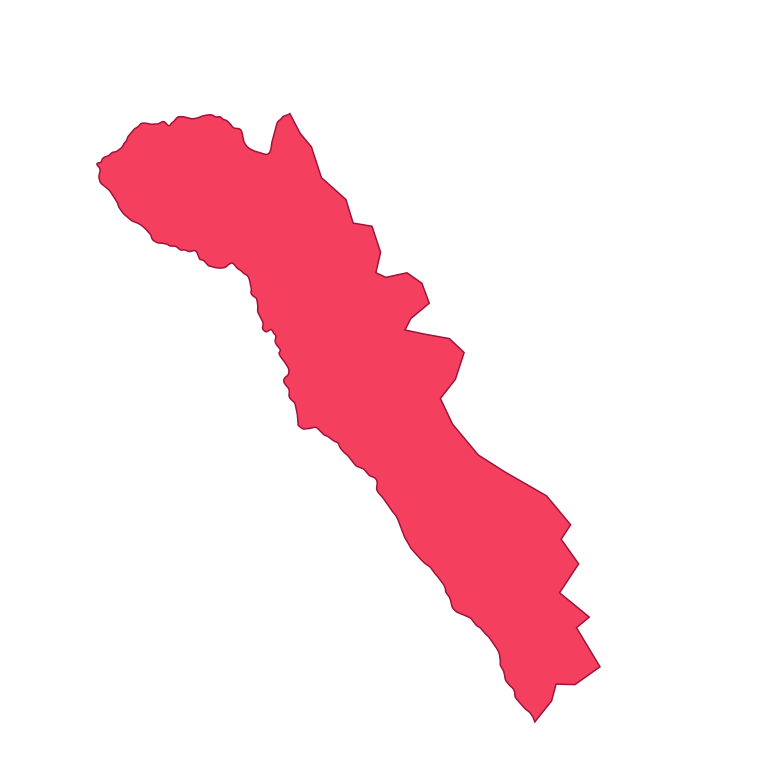 outline of Alaotra-Mangoro, rotated 320°
{"feature_id": "MDG-5860", "entity_name": "Alaotra-Mangoro", "entity_type": "Autonomous Province", "adm_level": 1, "iso_a3": "MDG", "parent_name": "Madagascar", "parent_adm1": "", "projection": "albers", "projection_center": [48.177, -18.018], "detail": "fine", "context": "isolated", "style": "filled", "palette": "rose", "viewbox_px": 768, "rotation_deg": 320, "n_neighbors": 0, "source": "natural_earth", "source_scale": "10m", "svg_char_len": 5253}
<svg xmlns="http://www.w3.org/2000/svg" viewBox="0 0 768 768"><g transform="rotate(320 384 384)"><path d="M287.0,699.5L286.5,695.6L286.5,690.9L286.8,689.2L287.2,687.9L289.8,683.5L291.1,680.6L291.6,678.5L291.9,676.0L292.2,674.6L292.7,673.6L295.3,670.6L298.5,665.6L299.2,664.0L299.7,662.5L300.3,659.5L301.6,646.4L301.6,643.9L301.1,639.9L301.1,632.9L300.0,629.9L299.7,628.4L299.6,626.4L299.9,620.5L299.8,618.9L299.5,617.9L293.3,605.8L292.9,604.2L292.6,601.5L292.7,599.9L292.9,598.5L296.1,592.1L297.0,589.5L297.2,587.5L297.3,585.0L297.5,583.6L297.9,582.5L298.9,581.0L299.7,579.6L300.4,577.6L300.7,575.6L301.3,566.0L301.2,561.5L301.7,554.7L301.6,553.5L300.1,548.0L299.5,543.2L299.0,527.8L301.4,514.4L307.7,496.2L308.5,492.7L308.6,490.1L308.5,487.6L310.0,470.8L309.8,463.6L310.1,461.9L310.3,460.8L310.6,460.1L311.7,458.7L314.8,455.9L315.5,454.9L316.5,453.2L316.7,451.8L316.6,450.4L316.4,449.4L315.9,448.5L314.4,445.9L314.0,444.4L313.9,442.5L313.9,437.0L313.6,435.5L310.6,430.3L310.1,429.0L309.9,427.3L310.3,414.9L310.2,414.5L310.0,413.9L309.4,410.4L309.3,406.5L309.6,404.2L310.0,402.4L310.7,400.6L310.8,399.3L310.5,398.3L309.4,396.4L308.7,394.5L307.7,389.9L307.1,387.8L305.7,385.1L305.3,384.0L304.6,375.2L304.3,374.1L303.8,373.3L303.1,372.6L302.3,372.1L299.3,370.8L297.6,369.7L296.9,369.1L294.3,367.5L293.5,366.9L292.9,365.8L292.5,364.8L291.7,360.5L297.9,351.8L303.0,342.3L303.5,340.1L303.0,337.7L302.9,336.2L302.9,333.9L303.4,332.5L303.9,331.6L306.1,329.5L307.4,327.8L307.9,326.3L308.1,325.0L308.0,321.8L308.3,319.2L308.8,317.8L309.4,316.8L310.1,316.3L310.6,316.0L311.4,315.7L312.3,315.5L313.5,315.4L314.6,315.5L315.9,315.4L317.3,315.0L319.5,313.0L320.5,311.5L321.0,310.1L321.9,304.0L322.3,296.6L323.0,293.6L323.8,292.6L325.9,291.9L326.5,291.1L326.8,289.9L326.8,285.3L327.3,282.7L328.0,281.4L328.8,280.4L330.8,279.0L332.0,277.7L332.3,276.6L332.1,274.1L332.6,272.1L332.7,270.8L332.5,269.7L331.7,269.2L328.1,268.8L327.2,268.1L326.6,267.0L326.3,265.1L326.5,263.8L327.0,262.8L329.5,260.8L330.6,259.5L331.2,257.9L333.1,249.4L333.6,247.9L334.2,246.7L336.0,244.8L337.4,243.2L339.8,239.5L340.8,237.5L341.3,235.9L340.3,232.3L340.2,230.3L340.5,229.1L341.1,228.1L342.6,226.9L343.8,225.3L347.9,217.7L348.8,215.0L349.1,213.0L348.7,212.0L348.3,211.1L347.9,209.8L347.5,208.2L347.3,205.5L346.9,204.0L346.4,202.8L346.1,201.4L345.9,199.6L346.1,196.2L345.8,194.5L345.2,193.4L344.2,193.0L341.9,192.6L339.4,192.7L338.1,192.6L337.0,192.4L336.0,192.0L332.7,189.7L330.0,186.9L325.6,180.7L325.5,179.7L325.4,174.7L324.9,172.9L324.1,171.6L323.2,170.6L323.1,169.6L325.2,163.2L325.3,161.4L324.9,160.2L324.1,159.6L322.3,158.7L321.3,158.2L320.5,157.7L319.7,157.1L319.2,156.3L318.3,154.4L317.7,153.5L317.1,152.8L316.3,152.2L315.4,151.7L314.6,150.9L314.0,149.8L313.4,146.2L313.0,145.0L312.5,144.2L311.9,143.5L310.5,142.4L309.5,141.4L308.9,140.8L308.5,139.9L307.8,137.8L307.3,136.9L306.7,136.2L306.1,135.5L304.9,133.9L302.0,131.2L300.9,129.5L300.0,127.1L299.5,125.1L299.7,123.6L300.1,122.2L301.0,120.5L301.2,119.0L301.0,111.7L300.2,106.8L299.6,104.7L298.8,102.7L295.9,97.3L295.6,96.3L294.0,87.1L294.0,83.3L294.5,78.5L294.8,77.3L296.1,74.2L296.5,72.8L298.0,60.8L298.1,59.0L297.8,56.5L296.3,49.6L296.3,47.9L296.5,46.5L297.8,43.6L298.9,41.9L300.3,40.6L302.8,38.9L304.3,37.3L304.9,35.9L305.0,34.5L305.0,32.1L305.4,31.0L306.2,30.6L307.1,30.9L308.8,31.9L309.7,32.0L310.3,31.9L311.1,31.6L312.8,30.6L313.8,30.4L314.8,30.4L315.9,30.6L317.8,31.4L320.0,32.0L322.3,32.0L323.4,31.9L324.6,32.0L325.5,32.3L327.3,33.4L328.3,33.8L329.3,34.0L334.1,34.3L335.4,34.2L336.4,34.0L337.4,33.6L338.4,33.1L339.3,32.7L342.8,32.1L343.8,31.7L346.4,30.2L347.4,29.8L356.7,28.2L359.0,28.5L360.1,28.7L361.3,28.8L362.5,28.7L364.6,28.3L365.6,28.5L366.5,28.9L367.3,29.4L369.5,31.4L372.5,35.3L373.2,35.9L375.7,37.6L377.2,38.9L378.1,39.4L379.1,39.8L382.6,40.5L383.5,41.0L384.1,41.7L384.5,42.7L384.7,46.6L385.1,47.6L385.7,48.2L386.5,48.3L388.4,47.7L389.6,47.6L392.1,47.7L396.5,46.9L397.6,47.0L398.5,47.3L400.0,48.4L402.2,50.4L407.4,57.5L410.8,59.6L412.7,60.5L416.9,61.9L420.7,63.8L423.9,66.0L425.2,67.5L425.7,68.4L426.3,70.5L426.8,71.4L427.6,72.0L429.3,73.1L430.0,73.7L430.4,74.5L430.8,77.5L431.2,78.4L432.3,80.1L432.7,81.0L433.0,82.2L433.4,87.0L433.2,89.2L433.3,90.4L433.6,91.3L434.1,92.2L434.8,92.9L436.9,95.0L437.3,95.9L437.6,96.9L437.5,98.1L437.2,99.1L436.4,101.1L433.4,106.4L432.5,108.3L431.9,110.5L431.8,111.8L431.8,114.4L432.2,116.7L432.9,118.8L434.6,122.5L440.7,131.7L441.4,132.4L442.3,133.0L443.3,133.3L444.5,133.2L445.5,133.0L446.4,132.5L448.1,131.5L449.7,130.2L453.3,126.9L469.6,115.5L470.5,115.1L471.6,114.8L472.7,114.7L475.0,114.8L478.3,114.3L479.4,114.4L483.4,115.9L484.5,116.2L485.7,116.3L480.9,138.1L480.8,155.7L468.7,185.7L473.4,218.3L463.8,240.9L476.2,255.4L466.0,281.0L449.3,293.5L454.0,303.5L473.1,313.6L477.8,331.2L470.6,351.2L446.7,351.1L434.8,356.1L446.6,371.2L463.3,391.3L465.6,411.4L441.7,426.3L417.9,431.3L410.7,458.8L410.6,499.0L420.1,529.1L436.6,574.2L436.5,611.8L419.9,616.8L417.5,646.9L384.3,656.8L391.4,694.5L374.8,694.4L367.7,739.5L337.0,737.0L322.9,724.5L308.7,734.5L282.3,739.8L284.0,735.1L284.5,730.0L284.5,728.9L284.2,727.3L283.7,725.4L283.3,723.0L283.0,710.8L283.2,708.5L283.8,707.1L286.0,704.1L286.7,702.3L287.0,700.8L287.0,699.5Z" fill="#f43f5e" stroke="#9f1239" stroke-width="1.5"/></g></svg>